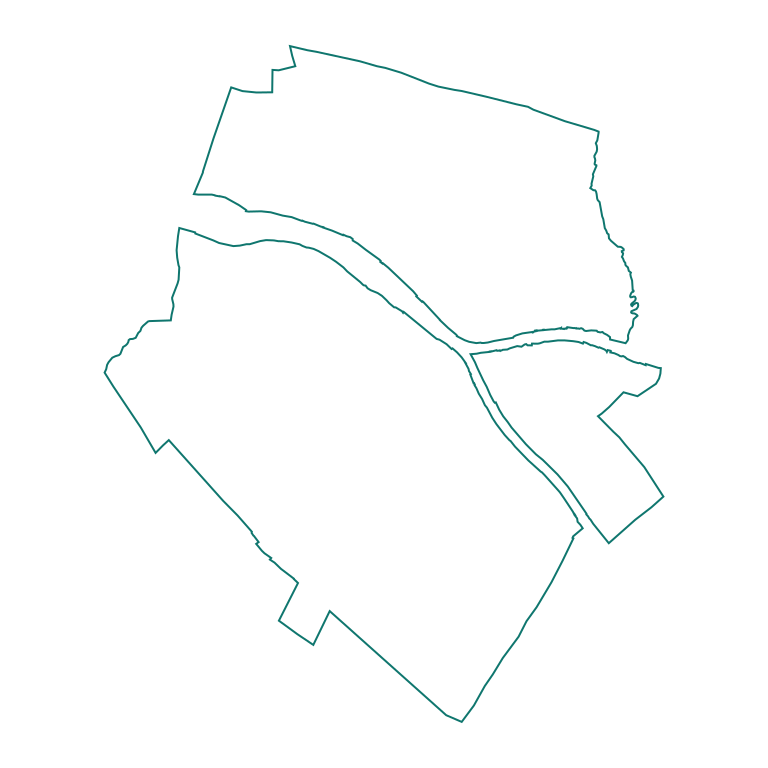 the district of Kota Pontianak, Kalimantan Barat, Indonesia
{"feature_id": "22746128B68403360613456", "entity_name": "Kota Pontianak", "entity_type": "district", "adm_level": 2, "iso_a3": "IDN", "parent_name": "Indonesia", "parent_adm1": "Kalimantan Barat", "projection": "albers", "projection_center": [109.343, -0.03], "detail": "fine", "context": "isolated", "style": "outline", "palette": "teal", "viewbox_px": 768, "rotation_deg": 0, "n_neighbors": 0, "source": "geoboundaries", "source_scale": "gbopen_adm2", "svg_char_len": 6109}
<svg xmlns="http://www.w3.org/2000/svg" viewBox="0 0 768 768"><path d="M573.4,538.4L572.5,537.9L573.2,536.3L582.7,528.3L580.4,524.8L577.6,521.8L577.1,518.4L574.9,515.5L575.3,515.3L574.4,513.9L574.1,514.1L572.9,511.7L563.9,498.1L559.9,492.3L557.9,490.0L544.6,475.1L541.9,472.3L540.8,471.7L528.3,460.4L515.0,446.6L510.5,440.9L509.6,440.4L504.7,435.0L496.4,424.1L492.3,417.8L486.9,407.6L484.9,405.2L482.1,399.0L478.8,393.7L476.4,388.2L474.6,385.3L474.9,384.8L474.1,383.1L473.6,383.3L470.3,374.5L470.9,374.1L469.0,371.1L468.5,368.8L465.2,362.7L465.5,362.7L461.7,357.4L457.0,352.3L452.5,348.4L451.6,349.0L446.6,344.2L439.5,339.7L436.6,338.9L403.7,311.9L403.1,312.8L402.1,311.3L395.7,307.4L394.1,307.3L389.2,303.2L386.6,300.3L382.0,295.9L377.6,293.0L370.7,290.2L367.6,288.3L365.6,285.6L364.0,285.4L363.0,284.8L360.2,282.0L347.2,271.4L343.4,267.4L336.1,261.8L330.1,257.8L318.5,251.1L313.6,248.9L308.8,247.7L306.5,247.5L302.4,245.9L299.6,244.3L291.6,242.5L283.6,241.3L278.4,241.2L273.9,240.4L266.1,240.1L260.1,241.1L249.7,244.2L246.5,244.2L239.9,245.6L233.4,246.1L219.1,243.0L213.3,240.4L195.3,233.5L195.2,232.4L179.3,228.0L178.0,236.2L176.6,250.2L177.2,257.7L178.5,265.2L179.3,267.4L178.6,279.7L177.6,283.4L172.1,297.7L172.2,299.2L173.4,304.2L173.5,306.6L171.6,314.8L170.8,320.4L149.4,321.1L148.0,321.5L143.1,325.8L141.5,327.7L140.4,330.9L138.2,333.0L135.7,337.8L132.9,338.9L130.0,339.1L128.7,340.1L128.3,342.0L127.3,343.8L125.7,345.4L123.1,347.0L120.4,353.8L119.0,355.1L115.4,356.2L112.3,357.7L108.5,362.3L107.1,364.9L106.2,369.2L104.6,372.6L113.4,386.6L140.8,427.5L155.6,452.9L163.0,445.4L168.8,440.1L223.2,500.9L237.6,515.5L251.9,531.8L251.6,532.9L253.4,535.6L253.9,535.9L258.6,542.1L256.2,543.9L261.9,550.8L264.5,553.3L271.2,558.0L269.9,559.6L274.5,562.6L280.9,568.8L293.9,578.7L293.8,579.0L298.0,583.0L278.9,620.7L297.4,634.2L313.3,644.9L329.7,611.1L446.2,715.2L461.7,721.9L473.9,705.5L484.8,686.0L492.8,674.4L502.8,658.0L518.6,636.7L526.5,621.2L536.6,607.2L551.5,582.2L562.5,560.9L573.4,538.4ZM598.6,131.6L594.2,129.9L564.9,121.2L533.4,109.7L528.0,106.8L516.4,104.3L486.6,96.8L461.7,91.0L454.5,89.9L438.4,86.6L429.0,83.6L401.2,72.7L385.3,67.9L376.9,66.2L360.0,61.3L316.4,51.8L307.3,50.2L290.0,46.1L292.2,55.8L295.3,66.2L278.7,70.3L272.5,69.9L272.2,92.3L256.5,92.5L242.5,91.1L231.2,87.4L213.5,138.4L202.9,171.6L202.9,172.5L193.9,194.1L198.2,194.6L211.8,194.6L214.9,195.3L215.1,195.6L219.7,196.4L219.8,196.2L225.3,197.5L239.1,205.2L246.2,210.1L245.9,211.2L248.6,211.6L261.1,211.3L270.7,212.3L282.7,215.6L291.6,217.1L300.4,220.4L302.0,220.9L302.3,220.6L304.8,221.7L312.9,223.8L313.5,223.6L320.8,226.6L323.2,227.1L323.0,227.5L332.0,230.6L343.0,235.2L343.3,234.7L346.6,236.2L350.3,237.2L352.7,239.0L352.7,240.5L357.7,243.5L365.8,249.8L379.4,259.6L380.8,261.1L380.3,261.9L382.5,263.6L382.8,263.2L388.3,267.7L413.2,291.3L416.9,295.7L416.3,296.4L422.0,301.8L422.4,301.3L423.3,301.9L440.0,319.9L439.9,320.1L448.1,327.9L455.9,334.4L457.1,335.7L456.9,336.2L464.7,340.2L469.1,341.8L476.3,343.1L480.6,342.6L481.7,343.0L483.8,343.0L487.9,342.5L493.9,341.0L513.2,337.7L513.6,336.7L516.0,335.4L522.4,333.4L532.2,332.0L532.5,332.5L533.3,332.3L533.5,331.7L535.0,331.4L535.0,330.6L536.7,330.3L536.9,331.0L538.1,330.6L542.9,330.2L542.9,329.8L543.6,329.7L543.6,330.1L551.9,329.3L554.8,329.3L560.0,328.2L560.3,328.6L561.1,328.0L561.1,328.6L564.0,329.0L564.1,328.7L566.4,328.7L566.4,328.1L567.2,327.9L567.3,327.2L573.5,328.1L574.3,328.0L575.9,328.4L576.2,328.1L577.0,328.6L578.0,328.4L579.3,328.8L581.1,328.2L582.7,328.8L584.4,330.6L586.1,331.0L591.2,330.4L595.4,330.6L596.7,330.7L597.6,331.8L600.3,332.4L602.5,332.0L603.7,333.2L607.1,334.9L610.0,337.1L610.1,339.5L625.6,343.2L627.7,340.4L628.2,338.8L628.0,335.4L629.8,330.1L630.7,328.6L632.3,327.0L632.9,325.2L633.1,321.8L633.7,319.1L637.5,315.8L637.1,315.1L635.8,314.2L634.5,313.5L632.5,313.3L631.5,312.9L631.1,312.2L631.5,311.2L636.5,309.0L637.9,306.9L638.2,305.7L638.0,303.8L637.6,303.2L636.2,302.9L633.3,304.7L632.2,306.1L631.5,305.7L631.1,304.6L631.5,303.7L634.6,301.1L635.5,299.7L635.7,298.3L635.0,296.8L633.8,296.5L632.1,297.1L630.8,297.3L630.2,296.7L630.2,295.6L631.1,293.3L632.3,291.9L633.2,291.8L633.6,291.3L633.5,290.5L632.7,290.0L632.1,280.6L630.8,276.7L630.3,274.1L630.9,272.6L628.8,270.9L627.9,267.4L626.2,265.9L625.4,264.8L625.3,263.0L624.0,261.2L623.0,258.5L621.9,256.9L622.8,255.0L623.1,253.3L621.9,252.1L621.8,251.1L623.6,250.4L623.7,249.2L622.3,247.8L620.8,246.9L617.8,246.7L611.0,240.8L609.0,238.4L608.6,234.4L607.2,233.3L606.2,230.5L604.8,228.1L603.3,219.2L602.2,216.4L599.6,202.1L597.8,200.2L597.2,198.7L596.6,194.0L596.0,191.5L595.1,190.3L593.4,190.2L590.3,188.1L591.7,185.6L591.5,183.8L593.3,176.3L592.9,174.3L596.4,166.0L596.4,165.3L594.8,164.5L594.6,163.8L595.3,160.4L595.0,158.6L594.4,157.1L594.4,155.8L596.7,151.6L597.1,149.2L596.8,145.9L595.8,143.2L597.3,140.4L598.6,132.7L598.6,131.6ZM660.8,368.1L658.4,367.9L645.9,364.0L645.7,365.2L639.8,362.9L638.4,363.2L633.4,361.8L627.1,358.9L624.9,357.0L623.0,356.0L621.8,356.4L620.0,356.1L618.4,355.0L614.5,353.3L610.4,352.4L610.9,351.1L610.6,350.8L607.7,350.1L606.9,351.9L606.4,350.9L604.6,349.5L599.4,347.3L598.5,347.7L594.9,346.1L592.0,345.2L590.9,345.3L586.4,342.9L583.6,342.0L582.9,343.6L578.6,342.0L573.4,341.2L564.6,340.4L558.0,340.4L547.7,341.7L544.2,341.7L539.8,343.3L537.7,343.7L532.0,343.6L531.8,345.4L527.5,345.3L526.2,344.1L524.6,344.5L521.5,346.7L517.2,346.1L509.6,348.4L507.4,349.5L502.8,349.8L501.5,350.5L499.8,350.4L499.8,350.8L499.2,350.6L497.1,350.8L496.6,350.2L491.1,351.6L491.1,351.3L489.7,351.5L489.7,351.9L480.8,352.8L476.7,353.7L470.6,354.2L475.0,362.3L477.4,368.0L483.2,380.3L486.7,386.8L490.2,394.9L493.7,401.5L494.9,402.8L495.8,402.4L499.2,409.7L503.2,416.3L507.7,422.0L511.6,427.6L525.9,444.2L535.9,454.3L542.8,459.9L557.5,474.4L567.8,486.5L584.7,511.1L586.5,513.8L586.3,514.4L588.0,516.3L589.3,518.5L590.5,519.6L593.2,523.8L608.8,543.2L635.2,519.8L651.4,507.3L663.4,496.6L644.3,467.1L624.9,444.3L619.3,437.3L613.3,431.7L598.0,416.2L601.7,413.6L609.1,407.1L623.5,392.3L637.5,396.2L656.0,383.8L659.1,378.5L660.4,373.6L660.8,368.1Z" fill="none" stroke="#0f766e" stroke-width="2"/></svg>